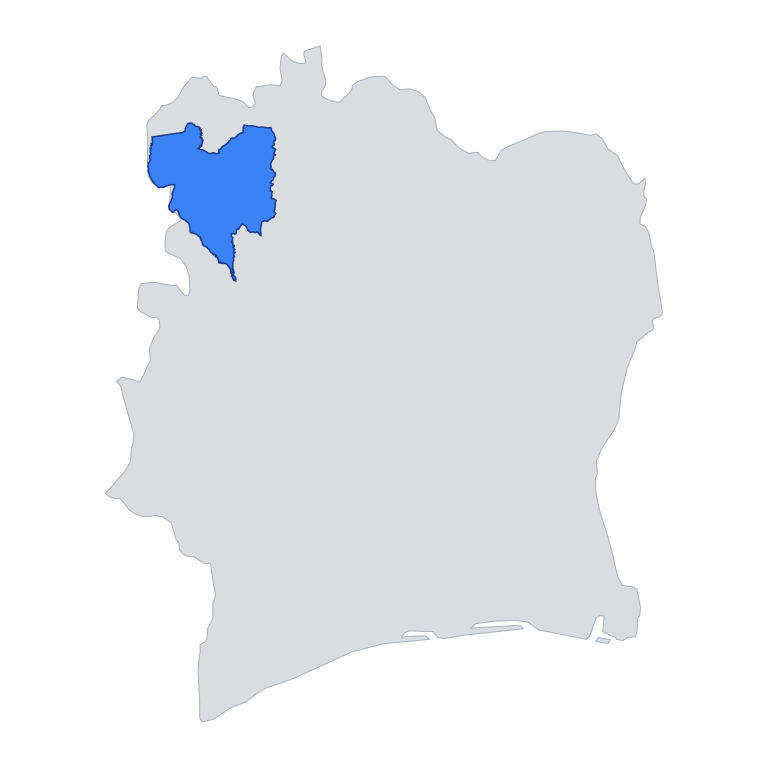 Kabadougou, Denguélé, Ivory Coast (highlighted)
{"feature_id": "98640826B2974603948771", "entity_name": "Kabadougou", "entity_type": "district", "adm_level": 2, "iso_a3": "CIV", "parent_name": "Ivory Coast", "parent_adm1": "Denguélé", "projection": "natural_earth1", "projection_center": [-7.327, 9.255], "detail": "fine", "context": "in_parent", "style": "filled", "palette": "blue", "viewbox_px": 768, "rotation_deg": 0, "n_neighbors": 0, "source": "geoboundaries", "source_scale": "gbopen_adm2", "svg_char_len": 9668}
<svg xmlns="http://www.w3.org/2000/svg" viewBox="0 0 768 768"><path d="M161.7,105.7L164.4,105.6L171.4,103.2L177.8,97.8L183.8,86.6L191.8,77.6L200.8,78.2L203.5,76.6L206.6,76.2L210.4,82.2L214.2,86.7L216.9,86.8L218.9,95.4L235.4,99.0L242.5,101.3L248.4,107.6L250.5,107.7L253.0,106.4L254.9,104.2L255.3,101.8L252.8,96.2L253.9,91.1L256.6,86.6L260.8,86.3L267.2,85.0L274.5,85.0L280.0,85.8L282.2,81.3L280.1,68.6L280.6,61.6L281.5,55.7L283.5,53.3L291.7,60.7L299.2,63.4L304.5,63.6L306.0,62.2L303.7,54.1L304.3,51.6L306.3,50.2L309.8,49.4L319.3,46.1L320.3,46.7L322.1,59.5L321.3,63.7L323.3,72.4L325.8,80.4L325.6,83.7L323.6,88.7L321.2,93.3L321.5,95.2L325.2,98.3L332.5,101.5L340.0,102.2L344.2,97.5L348.6,93.7L351.6,90.3L352.6,85.3L357.4,81.6L371.0,76.9L383.6,76.2L386.6,77.7L392.3,84.8L399.5,89.6L410.4,89.0L418.4,91.9L425.2,97.3L429.9,109.3L434.9,118.0L437.2,130.3L445.1,136.8L451.4,139.8L459.8,148.7L468.6,153.3L477.6,152.3L481.9,157.0L488.6,160.3L495.4,160.5L501.3,150.2L509.1,146.1L528.9,137.8L536.8,134.1L544.7,131.7L563.8,130.9L581.6,133.5L590.4,135.4L596.4,134.0L602.2,138.9L608.1,149.2L613.0,152.5L617.9,156.1L621.6,164.2L626.0,172.3L628.3,175.9L633.7,183.8L638.3,184.0L642.7,180.5L644.7,177.9L645.6,183.2L643.8,191.7L644.2,197.0L646.7,199.0L645.4,205.8L640.2,217.4L640.2,224.2L645.4,226.4L649.1,233.6L651.4,246.0L653.6,250.2L653.9,252.7L657.7,282.8L662.5,312.9L659.5,316.9L655.5,318.0L652.8,319.4L652.1,322.2L653.8,326.4L652.7,330.1L647.7,332.7L636.6,342.3L635.9,346.1L633.0,354.3L630.6,359.3L627.0,368.5L621.3,392.9L619.2,413.2L618.9,419.4L616.7,423.8L614.2,430.0L602.3,447.4L596.2,461.6L597.0,467.7L597.3,473.9L595.5,478.4L595.8,490.4L597.3,500.4L599.5,510.2L608.3,538.1L612.8,555.0L615.7,568.6L618.1,577.8L620.5,581.5L621.5,585.0L634.4,587.5L636.9,589.5L640.5,607.3L639.8,615.3L637.3,618.4L637.4,625.2L636.8,633.6L635.0,636.9L627.7,637.4L622.8,640.6L616.4,639.3L615.7,637.2L612.2,636.4L602.7,631.6L604.2,616.2L599.8,615.6L596.3,617.6L589.6,636.1L586.3,639.3L538.4,629.8L528.0,622.1L515.6,620.3L493.9,621.2L476.0,623.5L470.9,628.2L516.1,625.4L520.9,626.0L523.2,628.8L466.1,634.9L444.3,638.5L437.9,637.5L433.0,631.6L409.3,630.9L404.4,632.8L401.5,637.2L410.8,636.2L425.5,636.0L429.5,639.3L383.5,643.7L351.5,652.0L338.0,658.2L293.5,678.4L266.3,688.0L259.2,691.5L246.9,701.4L231.0,707.6L213.2,719.3L202.3,721.9L199.8,718.2L199.6,698.5L198.1,672.1L198.6,662.0L200.1,652.5L200.1,644.6L205.5,641.7L206.9,638.3L207.8,628.1L212.8,618.8L212.9,602.5L214.4,599.1L215.6,594.8L213.4,584.1L210.6,564.0L209.2,562.7L208.0,563.5L205.1,563.9L194.0,556.9L185.3,555.7L179.3,549.8L178.9,543.0L175.9,539.1L173.9,531.2L170.9,522.3L162.4,516.8L154.4,515.5L148.7,516.7L142.1,516.3L134.4,513.3L129.2,509.9L124.2,503.3L119.6,498.1L115.9,498.8L111.4,497.5L107.0,495.1L105.5,493.3L124.0,472.4L130.3,462.2L131.0,455.9L131.1,449.6L133.1,443.1L133.6,433.3L123.4,397.5L120.8,386.4L118.1,383.1L116.3,381.9L121.5,377.3L128.6,378.5L139.6,382.1L141.9,378.5L150.2,360.5L150.0,353.7L149.2,349.1L154.0,336.7L157.9,331.9L159.9,326.8L159.2,319.7L156.3,317.1L152.5,317.6L147.9,315.8L140.9,311.8L137.4,308.2L138.5,291.8L139.2,286.8L141.6,283.8L145.5,283.0L156.3,282.5L165.1,284.4L172.8,285.5L176.9,285.5L180.2,290.3L184.6,295.3L188.5,295.2L189.9,291.6L189.0,275.4L186.4,266.9L180.5,258.7L165.3,251.6L164.9,241.8L166.5,231.2L169.7,227.2L181.1,220.4L179.1,216.8L175.5,212.9L168.3,209.0L170.0,196.3L170.3,184.9L164.2,186.2L158.0,186.8L152.7,183.3L148.3,176.4L147.5,157.4L147.6,135.5L146.7,125.8L148.4,120.6L153.8,115.8L159.6,109.6L161.7,105.7ZM610.2,639.6L607.7,643.8L595.6,641.1L598.4,637.6L610.2,639.6Z" fill="#d9dde1" stroke="#a8b0b8" stroke-width="1"/><path d="M235.7,280.8L235.2,279.9L235.9,279.3L235.8,278.8L235.1,278.3L235.6,277.5L234.6,276.2L233.6,275.5L233.2,274.3L234.0,273.2L234.1,272.5L233.9,272.1L233.3,272.3L233.2,272.6L233.4,272.9L232.4,272.0L233.3,272.0L233.7,271.8L233.3,269.0L232.4,269.0L232.3,269.5L232.0,269.0L232.6,268.3L232.6,267.6L233.1,266.7L232.9,266.1L232.4,265.7L233.0,264.1L232.5,262.3L233.1,262.0L233.8,260.1L233.4,257.5L233.5,257.3L233.9,257.4L234.0,257.0L234.5,256.7L233.7,255.2L233.6,254.0L234.7,253.1L235.2,252.3L235.0,252.1L234.2,252.1L233.6,251.3L233.8,250.6L234.7,249.6L234.0,249.3L233.7,248.0L232.9,247.6L233.1,247.2L234.1,246.7L234.3,246.1L234.3,245.6L234.0,245.3L233.0,245.5L232.8,244.4L232.9,242.9L231.9,242.5L231.6,242.0L232.1,241.3L232.3,241.8L232.6,241.9L232.7,240.9L232.2,240.1L232.8,237.6L232.5,237.2L231.6,236.8L231.3,236.1L231.3,235.0L231.6,233.9L232.2,233.5L232.7,233.8L233.7,233.6L234.9,234.0L235.9,233.9L236.1,233.5L236.1,232.3L236.6,229.8L237.5,229.5L238.1,228.6L238.4,229.2L238.7,229.1L241.1,225.2L242.1,224.1L242.9,224.3L245.6,225.9L247.1,228.2L247.7,230.0L248.5,231.0L250.4,232.4L253.4,231.8L254.4,232.2L254.8,232.7L255.6,232.7L257.2,231.8L259.1,233.8L259.6,234.9L261.0,235.5L260.8,232.1L260.5,230.4L260.6,228.4L260.9,227.8L260.7,227.1L260.9,226.3L261.4,225.6L261.2,225.0L261.3,223.9L261.7,222.6L262.2,221.8L263.8,220.9L265.8,220.9L267.0,221.5L267.6,221.3L268.9,219.8L269.8,219.5L270.3,218.8L271.7,217.9L272.9,217.8L273.5,217.4L274.3,216.6L274.3,215.5L275.8,213.6L274.0,211.4L274.2,210.1L274.8,209.4L274.8,208.5L275.1,207.4L275.3,202.6L276.1,200.6L275.6,200.2L275.5,199.9L274.7,199.6L273.8,198.6L272.0,199.1L271.2,198.4L271.6,197.8L271.6,196.1L272.0,195.1L271.6,194.0L272.1,191.9L271.8,191.6L271.2,191.5L271.1,190.7L270.5,190.3L270.3,189.3L270.3,187.2L270.8,186.0L271.1,185.7L272.0,185.8L273.3,184.2L270.3,182.8L271.8,180.8L273.5,179.4L273.6,178.6L273.4,178.1L273.4,177.7L274.0,177.2L274.2,176.4L275.1,176.2L275.5,173.3L273.8,171.9L272.4,169.5L271.3,169.6L271.2,169.0L270.3,168.3L270.4,167.9L271.1,167.2L271.0,165.7L270.6,164.9L271.6,161.7L272.6,159.6L273.2,159.2L273.7,158.2L273.4,157.3L273.5,156.3L273.9,155.9L275.1,155.4L275.0,155.0L275.4,154.6L273.8,153.9L273.8,153.7L275.6,149.3L275.2,148.8L272.7,147.6L272.3,147.1L272.4,146.5L273.1,145.6L274.4,144.6L274.3,143.6L273.9,143.0L273.9,140.9L274.3,140.6L275.2,140.5L275.5,140.2L275.6,138.3L275.2,137.0L274.5,136.6L274.6,135.2L273.7,133.2L271.9,131.0L271.0,127.8L270.9,127.6L267.3,127.9L262.5,127.0L258.1,127.3L252.7,125.8L250.1,125.7L248.4,126.0L244.2,125.1L244.0,126.5L243.4,126.8L243.1,127.4L243.2,128.1L243.5,128.6L243.1,129.4L243.0,130.8L243.4,131.2L243.4,131.7L243.0,132.1L242.8,132.7L242.0,132.7L241.7,133.1L241.1,132.9L239.6,133.5L237.6,135.0L237.4,135.9L236.2,136.5L235.9,137.0L234.5,138.1L231.8,138.0L230.9,138.5L230.0,140.4L228.7,141.3L228.7,142.1L228.3,142.7L227.7,142.7L226.0,144.3L222.1,146.8L220.4,149.1L219.0,149.5L218.7,150.8L219.0,152.5L219.3,152.7L219.2,153.1L217.4,153.4L216.7,153.8L216.0,153.7L215.2,153.2L214.5,153.3L213.6,152.8L212.9,152.8L211.4,153.6L209.0,153.4L207.5,152.9L206.7,152.1L204.6,150.9L204.2,150.4L202.5,149.8L201.7,150.0L200.0,149.4L198.3,148.3L199.9,147.4L200.0,147.2L199.7,147.0L199.9,146.8L199.9,146.4L200.5,146.6L200.6,146.0L200.9,146.5L201.4,146.3L201.5,145.5L201.9,145.0L201.6,144.1L202.0,143.7L201.9,143.0L202.6,141.7L202.3,141.0L203.1,140.5L203.0,140.0L202.1,139.8L202.1,139.1L201.6,138.3L201.9,138.0L201.6,137.8L201.1,138.2L200.6,138.2L200.1,137.2L200.7,136.4L200.5,136.2L200.1,136.3L200.8,136.0L201.0,135.3L201.5,135.2L200.9,134.6L201.0,134.2L200.6,133.9L201.1,133.7L201.2,133.1L201.4,133.6L201.9,133.3L201.4,132.6L200.6,132.6L200.8,131.5L200.4,130.9L201.1,130.3L201.1,129.8L200.5,129.6L199.6,130.3L200.0,129.4L200.4,129.1L199.8,128.6L200.0,128.1L199.3,127.8L199.0,127.0L197.2,126.4L195.1,126.4L194.6,124.8L193.1,124.1L191.9,123.0L190.9,123.2L190.7,123.7L189.2,123.1L188.4,123.3L187.5,124.1L186.9,124.9L185.1,128.7L185.2,130.5L184.4,131.7L183.5,131.8L182.6,132.6L174.8,133.6L152.0,137.0L152.5,138.1L152.1,138.9L152.4,139.7L152.1,140.2L152.5,141.1L152.5,143.4L152.3,143.8L151.7,143.2L151.1,143.6L151.2,144.4L152.0,145.0L150.8,145.8L151.2,148.1L150.9,148.4L150.2,148.3L150.2,148.6L150.6,149.5L150.6,150.1L150.3,150.3L150.2,150.8L150.5,152.9L151.0,153.8L149.5,156.2L149.9,156.6L149.6,157.4L150.2,158.3L149.6,158.8L150.3,159.1L150.4,160.0L149.8,160.7L149.7,161.7L149.0,162.3L148.0,162.7L148.0,163.1L148.6,163.9L148.2,164.7L147.8,166.6L148.7,168.4L148.1,170.1L148.2,171.4L148.7,172.3L148.6,172.9L149.6,173.8L149.4,174.7L149.6,175.5L151.9,180.2L152.4,180.5L153.1,182.1L153.7,182.4L154.3,183.5L157.6,186.4L158.2,187.5L158.7,187.4L159.0,187.7L160.9,187.1L162.2,187.4L164.2,187.1L165.7,186.0L166.4,186.1L169.7,184.7L174.6,184.7L174.4,187.5L173.9,189.2L173.3,190.2L173.1,191.3L172.1,193.2L172.1,194.3L172.5,195.3L172.2,196.5L172.5,197.8L171.6,198.9L171.2,200.5L168.7,206.1L168.9,207.6L169.6,209.4L172.1,212.0L172.8,212.3L173.5,212.1L174.5,211.2L175.8,209.3L177.9,211.0L178.4,212.3L179.2,213.4L179.0,214.0L179.2,215.0L180.8,216.9L181.2,217.9L182.2,218.8L185.2,220.2L186.4,221.6L187.3,222.0L188.7,223.3L189.5,224.9L189.4,226.2L190.0,228.4L189.9,231.1L190.5,232.5L192.1,233.1L193.4,232.4L193.8,233.3L196.2,234.0L198.9,236.4L199.5,236.4L200.0,236.6L200.1,238.0L200.8,238.3L201.2,238.8L201.1,239.2L200.6,239.7L202.3,241.6L202.1,242.9L202.6,244.7L203.3,245.0L203.6,245.7L205.4,246.6L205.6,246.2L206.1,246.6L209.3,249.9L210.9,252.4L213.1,254.1L213.7,254.8L214.0,254.4L215.8,255.0L216.0,255.4L215.2,256.1L215.5,256.8L215.9,256.5L216.7,256.5L216.9,257.3L217.3,257.5L217.4,258.2L218.8,259.9L218.3,260.7L218.9,261.7L218.5,261.8L218.7,262.6L219.2,263.0L220.0,263.0L220.3,262.4L220.6,262.2L221.0,263.2L222.4,263.2L222.7,263.5L223.2,263.2L223.6,263.3L223.9,262.8L225.0,263.5L226.5,264.0L227.0,264.7L227.5,265.0L228.0,265.9L228.8,266.6L229.3,267.9L230.3,268.6L230.4,269.5L230.9,269.9L230.5,270.6L230.6,272.1L231.0,272.4L231.3,273.6L232.1,274.3L232.1,275.4L231.5,275.9L231.5,276.2L232.5,277.0L232.6,278.3L233.0,279.3L233.9,280.5L235.7,280.8Z" fill="#3b82f6" stroke="#1e3a8a" stroke-width="1.5"/></svg>